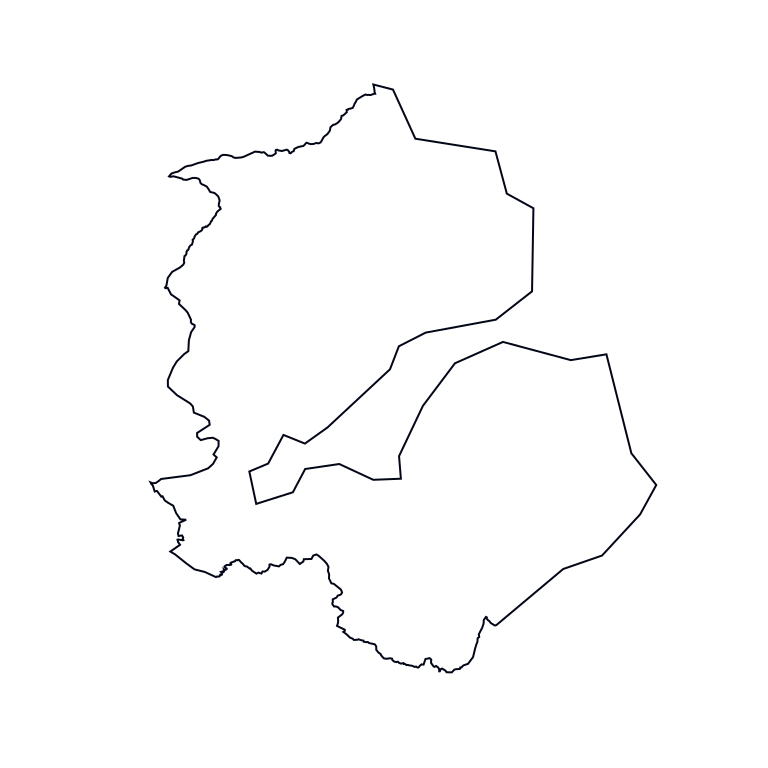 Ala-Buka, Jalal-Abad, Kyrgyzstan, rotated 79°
{"feature_id": "92254566B39559079408831", "entity_name": "Ala-Buka", "entity_type": "district", "adm_level": 2, "iso_a3": "KGZ", "parent_name": "Kyrgyzstan", "parent_adm1": "Jalal-Abad", "projection": "mercator", "projection_center": [71.199, 41.407], "detail": "fine", "context": "isolated", "style": "outline", "palette": "ink", "viewbox_px": 768, "rotation_deg": 79, "n_neighbors": 0, "source": "geoboundaries", "source_scale": "gbopen_adm2", "svg_char_len": 6140}
<svg xmlns="http://www.w3.org/2000/svg" viewBox="0 0 768 768"><g transform="rotate(79 384 384)"><path d="M88.0,337.3L91.8,337.2L95.6,337.5L97.4,337.3L97.2,338.4L97.8,342.0L97.3,343.7L97.0,345.5L96.3,347.1L97.5,350.9L99.6,356.4L101.6,357.8L103.4,359.5L105.1,360.5L107.0,362.1L107.3,364.8L107.2,365.8L107.3,366.7L107.8,366.9L107.8,368.4L110.1,368.7L112.6,372.8L112.7,374.5L115.5,375.5L117.2,377.3L118.7,379.5L119.9,382.6L119.9,384.5L121.7,387.5L125.1,388.9L127.3,391.2L128.4,392.8L129.2,394.7L130.2,396.2L134.4,399.7L135.1,401.1L135.3,402.5L134.6,404.0L134.6,405.7L134.8,406.4L134.9,407.6L134.6,410.0L133.9,411.5L132.4,413.8L132.8,414.8L134.0,416.2L134.9,417.7L135.0,423.0L136.1,427.1L138.1,428.1L138.6,430.0L139.7,431.6L139.1,432.8L137.9,432.8L136.2,433.7L135.4,434.8L135.8,439.8L134.9,442.0L134.8,442.7L133.6,444.2L133.6,445.4L134.1,445.9L136.6,446.1L137.1,446.4L138.6,450.2L138.2,452.5L137.7,454.4L133.8,457.3L133.4,458.3L133.5,460.3L132.5,461.8L131.3,466.3L134.1,478.0L134.4,480.9L133.7,486.8L132.7,488.7L131.4,489.8L129.4,494.1L128.5,497.5L128.4,498.9L129.0,500.7L129.5,501.6L131.2,503.4L131.8,504.8L131.4,506.1L131.7,508.6L131.2,510.2L131.0,515.8L131.4,519.0L131.6,524.4L132.7,531.5L132.5,535.1L132.9,538.0L136.2,545.5L136.3,548.9L136.9,552.6L139.2,555.4L139.8,554.5L140.0,550.9L143.9,542.9L145.0,542.2L146.0,538.8L145.2,532.5L145.8,529.4L147.2,526.7L148.7,526.0L151.9,525.7L153.3,524.5L154.4,522.8L156.3,520.4L158.8,519.2L162.3,518.0L164.1,514.1L165.0,513.2L168.2,510.9L172.2,510.3L174.4,511.1L175.4,511.7L177.8,512.2L178.6,511.8L179.2,511.1L179.7,511.3L180.9,510.9L183.0,514.8L184.9,516.5L186.1,516.8L189.1,520.7L190.8,521.7L191.3,522.7L193.7,524.3L194.1,525.3L195.0,526.5L195.0,527.0L195.5,527.2L195.8,527.7L195.8,528.4L195.3,529.2L196.0,530.0L195.9,531.0L196.1,531.6L196.0,532.1L196.2,532.6L197.3,532.7L198.4,533.6L199.3,535.8L199.5,537.2L201.1,538.9L201.2,539.9L203.0,541.7L204.8,542.6L206.0,544.4L207.4,544.3L210.5,545.9L211.0,547.5L212.5,549.1L214.9,550.5L215.3,551.1L215.3,551.6L216.0,552.3L217.1,552.8L218.5,553.1L219.9,554.3L220.3,555.4L225.0,557.0L226.8,556.9L228.6,558.3L230.7,562.1L233.5,570.6L238.6,576.0L245.8,578.8L247.7,580.6L248.3,580.2L248.3,578.0L255.3,576.0L262.9,568.7L266.3,570.0L273.3,564.9L276.5,563.1L284.0,561.2L286.4,561.8L288.1,561.2L290.0,558.7L291.9,559.0L296.4,563.5L303.9,567.2L314.4,569.8L316.4,574.3L322.3,583.1L327.7,588.0L338.8,595.4L345.3,596.6L355.4,589.4L366.2,577.9L369.6,575.9L375.8,576.1L382.0,566.6L386.6,562.7L390.8,562.9L396.4,576.8L400.1,577.5L404.1,574.6L403.6,567.4L404.1,562.3L405.5,560.3L408.3,557.2L413.5,558.3L420.7,564.8L424.1,562.2L429.8,567.1L433.2,572.7L436.6,591.4L434.7,620.9L436.3,623.8L437.6,626.9L437.3,630.0L436.0,632.0L437.7,631.5L439.5,630.3L445.8,629.6L445.6,627.3L452.1,624.1L451.8,623.2L452.0,622.8L456.5,621.4L459.5,618.5L463.3,614.1L471.0,612.7L478.0,609.7L479.5,604.1L480.8,609.7L481.4,611.7L484.1,611.4L491.4,614.8L494.0,614.7L494.1,611.2L496.2,610.4L497.0,611.0L499.0,610.7L499.0,611.4L497.4,615.5L497.4,616.4L499.9,616.3L502.9,614.9L507.7,625.7L511.4,621.6L522.1,612.5L529.8,605.4L534.3,595.8L541.5,585.8L541.2,585.2L541.2,584.0L541.5,583.4L541.5,582.6L541.3,582.0L540.6,581.7L540.4,580.5L539.9,580.7L539.9,580.2L540.2,579.9L540.1,579.4L538.3,579.4L537.5,579.8L537.6,579.2L538.1,578.9L538.2,577.8L537.9,577.4L537.3,577.6L537.5,576.9L536.9,576.6L535.7,576.6L536.3,576.2L536.4,575.7L535.8,574.0L535.4,573.6L534.9,573.8L533.9,575.1L532.9,575.5L532.2,574.6L532.2,573.9L531.6,573.2L531.7,572.1L532.3,570.0L531.7,569.5L531.7,569.0L532.1,568.6L531.8,568.3L530.4,568.8L530.2,568.6L529.9,567.1L529.8,565.7L529.6,565.3L529.7,565.0L529.5,564.1L528.7,563.2L529.0,561.3L528.8,560.8L529.1,559.9L532.1,558.1L534.1,556.5L535.3,556.1L535.9,555.6L536.6,554.6L537.0,553.4L539.7,550.9L539.6,550.4L542.2,549.1L545.8,545.4L545.2,543.2L546.7,540.5L544.9,539.1L545.4,536.8L544.2,533.7L541.4,531.2L539.5,530.9L539.3,529.5L541.1,526.8L543.0,521.9L541.8,520.0L541.6,517.4L539.4,515.2L535.9,512.6L537.1,507.7L539.1,504.5L544.6,501.0L542.8,497.0L540.7,496.1L541.9,488.6L538.9,486.2L538.4,482.9L540.2,480.9L546.4,476.2L549.8,474.3L552.9,473.4L556.6,474.7L560.5,474.2L564.3,475.1L569.6,473.7L570.6,471.4L577.6,465.5L580.6,464.9L582.2,466.2L582.7,467.7L582.9,469.8L584.6,471.4L585.6,475.4L588.5,475.9L589.1,476.5L590.2,476.7L592.7,475.6L593.0,475.2L593.1,473.8L594.4,471.7L597.7,469.6L599.0,467.4L600.6,467.7L602.1,468.9L604.5,473.8L608.4,474.3L610.3,475.0L612.5,476.3L617.7,469.4L618.9,469.6L619.6,471.2L622.7,468.4L626.4,465.8L628.0,463.4L629.5,462.4L630.0,458.8L629.7,457.8L631.2,455.2L632.0,453.1L633.1,453.1L634.0,450.9L634.2,449.1L635.4,448.1L637.8,442.7L640.0,441.7L643.5,442.3L646.7,440.6L648.3,438.9L649.8,438.6L653.2,436.6L654.2,434.2L654.4,430.2L655.2,428.5L656.7,428.4L658.4,427.0L659.4,424.8L659.2,424.0L659.4,423.1L660.5,422.6L661.7,420.8L661.7,418.1L662.6,418.0L662.8,416.8L664.2,415.6L664.3,414.1L664.9,413.2L665.8,410.6L666.3,409.5L667.3,408.4L667.6,407.8L667.5,407.2L667.6,406.3L668.2,405.8L668.9,404.7L668.4,403.6L667.3,402.4L666.4,400.6L667.0,398.7L661.9,395.8L661.8,395.3L661.9,394.3L661.8,391.7L662.3,391.1L663.7,390.2L665.9,390.9L666.8,391.0L668.4,390.3L670.9,389.1L671.3,388.4L670.7,386.7L671.2,386.2L671.8,385.8L672.1,385.3L673.1,384.7L673.9,384.5L674.3,384.0L674.7,383.9L675.0,384.4L676.6,384.6L676.7,384.1L676.3,383.7L674.8,382.8L674.4,381.3L676.9,378.6L678.3,377.7L678.9,377.6L680.0,372.5L677.8,369.4L677.7,367.6L678.2,364.0L676.8,363.2L677.1,362.0L676.1,360.9L675.4,359.7L674.7,354.9L669.1,348.7L661.2,345.1L657.0,342.9L655.2,341.6L651.5,340.6L650.5,338.8L647.8,338.7L642.1,334.2L638.1,331.9L634.7,331.1L632.1,328.4L632.7,327.6L633.9,327.9L635.5,327.1L637.2,325.6L637.6,325.5L639.0,324.8L642.2,321.3L642.1,319.7L599.8,243.4L594.0,202.7L560.9,157.5L535.1,136.0L499.2,154.4L397.3,160.0L396.2,196.1L365.4,259.2L377.2,310.4L412.9,350.0L457.7,383.0L480.2,385.5L476.0,412.8L454.0,443.2L452.4,477.6L472.9,494.1L477.3,532.3L444.2,532.9L440.0,512.9L414.8,492.4L427.4,473.0L415.9,447.8L370.7,375.3L349.8,362.2L341.5,333.3L342.2,262.0L321.3,221.0L240.0,203.8L220.6,227.1L176.9,230.2L149.2,306.4L96.7,319.0L88.0,337.3Z" fill="none" stroke="#020617" stroke-width="2"/></g></svg>